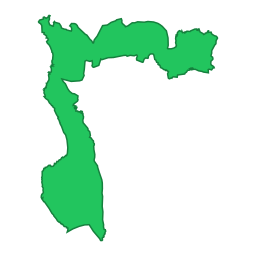 Uvinza, Kigoma, United Republic of Tanzania (Robinson projection)
{"feature_id": "72390352B15676475935925", "entity_name": "Uvinza", "entity_type": "district", "adm_level": 2, "iso_a3": "TZA", "parent_name": "United Republic of Tanzania", "parent_adm1": "Kigoma", "projection": "robinson", "projection_center": [30.139, -5.704], "detail": "fine", "context": "isolated", "style": "filled", "palette": "green", "viewbox_px": 256, "rotation_deg": 0, "n_neighbors": 0, "source": "geoboundaries", "source_scale": "gbopen_adm2", "svg_char_len": 5482}
<svg xmlns="http://www.w3.org/2000/svg" viewBox="0 0 256 256"><path d="M208.4,72.8L208.2,69.6L209.0,69.2L211.6,69.9L213.0,68.0L214.2,67.8L213.9,66.9L212.4,65.6L211.5,65.3L210.8,64.0L210.9,61.3L212.8,59.4L212.9,58.5L212.6,57.2L211.1,56.1L211.0,55.6L211.7,53.2L211.7,50.7L214.7,45.1L215.9,43.8L216.1,40.6L217.5,38.2L217.3,37.4L216.2,36.2L214.4,35.7L212.0,34.2L211.0,32.6L211.5,31.8L210.5,32.4L209.3,32.1L208.7,32.4L208.1,31.5L208.4,30.8L208.1,30.8L206.8,32.9L205.3,33.1L204.8,34.0L203.7,34.5L203.1,33.6L200.1,32.0L198.9,28.9L197.6,29.6L197.8,30.4L196.9,30.2L196.7,29.0L194.8,29.1L190.6,30.9L190.0,31.5L186.9,31.2L186.3,31.9L185.3,31.9L185.4,32.4L184.8,33.0L184.1,32.4L182.5,32.7L181.9,31.2L181.8,31.6L179.7,30.8L179.5,31.5L179.4,30.9L178.5,31.2L177.2,33.2L177.5,34.5L176.4,34.8L177.1,35.8L176.6,36.5L175.9,36.2L175.6,38.8L176.0,40.9L175.6,42.6L176.4,45.6L176.0,46.0L176.1,46.7L173.8,48.1L171.2,48.8L168.0,48.8L167.5,48.4L168.2,45.3L168.0,37.9L166.4,30.9L162.3,26.4L159.9,24.6L157.9,23.4L153.6,22.0L147.9,21.5L144.3,22.2L137.6,21.8L134.8,22.8L132.2,22.8L127.7,26.0L125.4,26.7L125.0,25.8L122.8,23.9L121.8,22.6L121.9,20.4L121.3,18.7L116.7,19.8L115.6,20.8L111.1,22.4L107.4,25.0L102.6,25.6L97.2,36.1L94.3,39.8L93.5,42.9L93.2,43.0L92.8,42.9L91.6,40.7L90.1,39.5L86.9,35.1L85.3,34.3L78.1,27.5L77.2,25.5L76.0,24.2L74.6,23.6L71.6,23.5L70.8,24.4L69.8,25.9L70.8,26.5L71.6,28.1L71.6,30.3L71.2,31.1L66.8,30.0L66.2,29.4L64.2,29.1L61.5,28.0L61.0,26.1L59.3,23.5L54.9,22.3L54.5,21.5L53.5,22.6L54.0,23.8L53.3,25.1L53.4,26.1L52.9,26.3L49.6,24.7L48.6,21.5L49.5,19.0L49.3,17.3L50.0,15.7L49.1,15.4L48.4,16.1L48.4,16.8L46.3,18.3L45.8,17.9L45.4,18.0L44.5,17.1L44.0,17.1L43.3,17.4L43.4,19.0L39.6,20.1L38.5,21.9L39.0,22.7L40.6,23.7L41.8,25.6L42.1,32.4L44.2,32.6L43.9,34.1L46.5,35.8L46.3,38.0L47.1,37.7L47.9,38.5L48.2,39.8L46.6,41.6L47.3,43.1L49.3,45.2L50.3,47.0L51.8,50.9L51.9,52.2L52.7,53.0L53.0,55.3L52.6,59.6L52.0,60.6L51.9,62.2L52.4,63.0L52.1,64.1L52.6,64.3L52.1,64.4L52.3,65.1L51.9,64.7L52.1,65.2L51.9,65.3L52.4,65.6L51.6,65.6L52.1,66.1L51.1,66.8L51.6,67.0L50.7,66.9L51.4,68.8L51.3,71.8L50.7,72.3L48.7,72.0L48.3,72.5L49.0,73.0L49.5,72.8L49.8,73.4L49.8,74.2L48.8,74.3L48.5,75.0L49.0,77.9L48.9,79.9L46.8,83.6L46.4,83.5L46.7,85.2L46.0,86.2L46.3,87.0L46.1,87.7L45.3,87.6L45.1,88.3L44.0,88.7L44.3,89.6L44.2,90.3L43.8,90.3L44.2,90.8L44.0,93.0L45.0,95.0L45.2,96.3L44.1,96.5L45.7,98.5L48.0,100.1L49.4,102.9L50.8,104.2L51.7,105.6L52.5,105.7L53.1,107.2L54.7,108.3L54.5,110.3L56.4,114.4L57.8,116.7L58.2,116.7L58.4,117.6L57.9,117.9L57.9,118.4L59.5,121.0L59.4,121.7L60.2,123.0L60.0,123.5L61.6,126.5L63.7,132.4L65.7,135.0L67.0,140.0L67.8,147.7L67.4,153.2L66.8,155.1L66.2,155.7L65.9,155.4L63.5,157.6L62.6,157.1L62.0,157.8L61.7,157.7L60.6,159.6L59.1,160.0L58.2,161.6L57.0,161.4L55.8,163.7L55.2,163.9L54.5,163.5L54.1,165.2L53.2,166.3L51.0,166.5L50.5,165.8L49.9,165.6L50.2,165.4L51.1,166.5L50.4,165.3L48.8,165.3L46.7,167.2L45.2,167.4L45.0,168.4L43.9,168.4L43.3,170.6L42.2,171.4L42.2,175.9L41.7,177.8L42.1,178.4L41.8,179.6L42.2,180.8L41.8,182.0L42.5,185.1L42.2,186.5L43.2,188.0L43.0,190.4L43.4,192.3L42.5,193.9L41.9,194.2L41.4,195.6L41.2,197.3L41.7,198.5L42.7,197.9L42.3,199.4L43.8,201.7L44.4,201.7L45.1,202.7L49.1,208.4L52.0,213.4L53.5,214.9L53.9,216.0L56.2,218.7L57.5,220.9L59.1,222.2L59.9,222.1L60.7,223.6L61.6,223.6L62.0,224.4L62.7,224.4L64.2,226.5L66.3,226.8L66.7,227.2L66.6,227.8L67.8,228.0L67.9,229.8L67.2,232.1L73.0,228.8L79.3,226.3L84.6,224.9L89.2,224.7L93.4,231.3L99.7,238.7L100.6,240.5L101.9,240.6L102.5,240.0L102.3,238.0L102.7,237.4L103.6,237.3L104.0,236.6L103.6,235.6L104.7,234.4L104.5,233.8L105.0,233.5L104.8,232.9L105.7,231.2L105.3,229.7L104.1,229.4L103.5,226.9L103.6,224.7L102.6,219.9L102.9,212.0L102.2,206.4L102.6,196.4L102.0,193.2L102.4,188.8L102.3,183.0L101.8,179.8L99.2,172.3L97.6,167.1L97.5,165.8L94.3,161.2L94.1,159.9L94.7,157.3L94.8,154.5L93.9,149.6L93.7,146.0L94.3,144.9L94.3,143.8L93.4,142.5L93.5,141.1L93.1,140.5L92.5,140.2L91.2,138.0L89.6,137.3L90.4,135.5L89.7,131.7L88.0,130.0L88.0,128.9L87.5,127.9L83.1,122.7L82.8,120.0L83.4,118.2L83.5,116.6L82.8,114.8L83.1,114.0L81.6,113.2L82.5,112.2L82.4,111.9L81.4,112.3L81.8,112.1L81.7,111.2L80.6,111.1L80.1,112.3L79.4,111.7L78.1,111.8L77.7,111.0L75.9,111.1L75.9,109.6L76.9,107.5L76.7,107.0L76.2,106.9L75.4,108.3L74.6,108.5L74.4,107.6L75.3,107.1L75.6,105.9L74.6,106.0L74.0,105.3L73.2,105.5L73.4,104.3L77.5,101.1L78.0,99.8L77.6,99.0L78.0,95.9L74.5,93.8L72.2,93.5L69.5,91.3L67.7,88.7L65.4,83.8L63.2,81.6L61.9,79.0L71.2,81.4L79.6,80.8L82.0,80.0L84.1,75.5L83.6,73.7L84.3,69.4L85.0,61.2L86.4,60.4L89.9,61.4L92.1,60.7L92.5,64.0L92.0,65.7L92.7,66.9L93.7,67.3L98.8,65.4L100.8,59.0L101.8,59.7L108.2,57.7L113.3,57.5L123.9,55.4L126.1,55.3L127.0,56.1L127.6,56.1L130.2,55.3L134.2,55.8L136.5,54.9L137.1,55.3L137.3,56.3L136.5,58.4L136.7,60.0L142.4,62.3L143.2,62.0L144.0,59.3L145.5,58.0L147.8,58.3L148.2,58.0L148.4,56.1L149.8,54.4L150.7,53.9L152.7,53.9L153.5,54.4L153.9,55.2L154.8,59.5L155.8,60.0L156.6,62.2L158.1,62.7L158.0,64.4L158.7,64.9L159.4,64.8L160.4,66.3L160.2,66.9L160.9,67.8L162.1,68.2L163.8,69.6L165.0,69.7L165.4,70.4L166.1,70.0L166.3,70.5L167.4,70.6L167.5,71.1L168.5,71.7L167.6,73.7L167.7,74.6L168.3,77.8L168.5,78.4L169.6,78.8L171.4,77.9L171.9,78.2L172.3,77.5L173.2,76.8L177.2,77.2L177.6,75.0L184.7,74.0L185.2,73.0L186.5,72.1L187.6,70.3L189.2,70.2L190.5,69.6L191.7,69.8L191.7,69.3L190.9,69.4L189.6,68.7L190.5,68.2L192.6,68.0L193.0,68.3L192.8,69.4L195.3,69.3L198.6,70.8L202.4,71.5L203.1,72.0L208.4,72.8Z" fill="#22c55e" stroke="#15803d" stroke-width="1.5"/></svg>